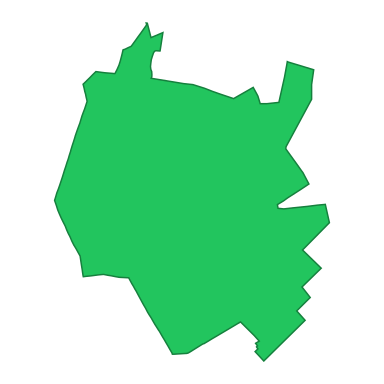 Graniceri, Arad, Romania (Albers equal-area conic projection)
{"feature_id": "2599482B49577309297154", "entity_name": "Graniceri", "entity_type": "district", "adm_level": 2, "iso_a3": "ROU", "parent_name": "Romania", "parent_adm1": "Arad", "projection": "albers", "projection_center": [21.31, 46.505], "detail": "fine", "context": "isolated", "style": "filled", "palette": "green", "viewbox_px": 384, "rotation_deg": 0, "n_neighbors": 0, "source": "geoboundaries", "source_scale": "gbopen_adm2", "svg_char_len": 2657}
<svg xmlns="http://www.w3.org/2000/svg" viewBox="0 0 384 384"><path d="M203.9,343.7L208.1,341.2L212.0,338.8L214.4,337.4L216.8,336.0L222.2,332.8L232.3,326.8L240.5,321.9L254.3,335.6L259.2,341.1L255.6,343.3L257.5,345.9L256.5,346.9L257.9,348.9L255.1,351.6L263.8,361.0L305.1,320.3L296.7,310.9L310.2,297.5L302.0,287.0L321.2,268.2L302.5,250.0L329.4,222.7L325.3,204.4L317.8,205.1L307.4,206.4L293.7,207.8L283.8,208.9L278.0,208.3L277.4,204.6L283.5,200.9L287.6,197.9L300.5,189.6L308.9,184.0L302.9,172.6L301.6,170.9L296.5,163.7L285.8,148.9L286.0,146.8L311.6,99.3L311.6,84.6L313.7,69.8L300.7,65.8L294.0,63.8L288.4,62.1L287.3,61.6L286.8,64.7L284.5,77.2L280.1,96.9L278.9,102.4L266.8,103.7L260.2,103.7L257.9,96.1L256.7,93.8L253.2,87.4L233.6,98.6L219.3,93.8L215.1,92.3L212.5,91.4L204.6,88.3L192.9,84.6L183.4,83.6L177.5,82.6L151.2,78.3L151.5,77.5L151.8,76.8L151.9,74.7L151.7,71.6L150.8,69.3L150.5,66.5L150.8,63.4L151.3,59.7L152.4,56.1L153.6,52.6L154.7,51.2L155.8,50.7L160.0,51.0L160.1,50.7L162.9,32.6L151.0,37.6L147.3,23.2L146.2,23.0L146.3,23.4L146.6,24.9L143.7,29.0L140.8,33.1L138.2,36.6L135.8,40.0L133.6,43.0L131.2,46.3L127.9,47.8L125.1,49.2L123.1,49.8L122.9,50.5L122.1,54.0L121.2,57.5L120.2,61.3L119.0,65.1L117.1,69.4L115.0,73.5L114.4,73.6L112.6,73.4L108.8,73.1L105.2,72.8L101.8,72.4L98.9,72.0L95.9,71.6L92.7,74.7L89.7,77.8L86.8,80.6L86.5,81.0L85.0,82.4L83.8,83.6L83.1,84.2L84.1,88.1L84.8,91.5L85.6,94.2L86.1,96.9L86.8,99.8L87.1,101.4L86.6,102.9L85.6,106.0L84.5,109.3L83.4,112.1L82.6,114.3L82.1,115.6L81.1,118.9L79.9,123.0L78.4,127.0L77.2,130.3L75.4,135.5L74.5,138.6L73.4,142.1L72.3,145.4L71.3,148.7L71.0,149.6L70.5,151.6L69.3,155.3L68.2,159.1L67.0,162.5L66.6,163.8L65.6,167.0L64.5,170.2L63.6,173.2L62.2,177.7L60.9,181.6L59.7,185.2L58.4,188.9L56.8,193.0L55.8,196.5L54.6,200.4L55.3,202.4L56.5,205.9L56.9,207.2L57.7,209.8L59.3,213.7L61.2,218.0L63.1,221.9L65.2,226.0L66.7,229.9L68.4,233.7L69.9,236.5L71.8,241.0L73.9,245.2L74.3,245.8L76.3,249.1L78.2,252.6L80.1,256.0L80.6,259.4L81.2,263.4L81.7,266.6L82.2,269.6L82.5,271.9L83.1,275.9L83.3,276.7L86.4,276.3L89.7,276.0L93.0,275.6L98.2,274.9L103.5,274.4L108.1,275.3L111.3,275.8L115.3,276.6L119.2,277.3L120.9,277.4L124.9,277.6L128.7,277.8L130.2,280.6L131.8,283.6L133.5,286.4L135.0,289.2L135.9,290.6L138.5,295.5L141.1,300.3L141.9,301.8L143.6,304.9L145.5,308.1L147.5,312.0L149.3,315.0L151.2,317.9L153.0,321.1L154.9,324.4L156.9,327.5L158.7,330.4L159.0,330.7L159.8,332.0L161.2,334.5L162.6,336.9L164.3,339.7L166.2,343.0L167.8,345.7L169.6,348.9L172.1,353.2L172.2,354.0L172.4,354.2L173.8,354.2L178.4,353.9L186.7,353.4L188.2,353.0L190.6,351.6L194.4,349.2L202.9,343.9L203.9,343.7Z" fill="#22c55e" stroke="#15803d" stroke-width="1.5"/></svg>